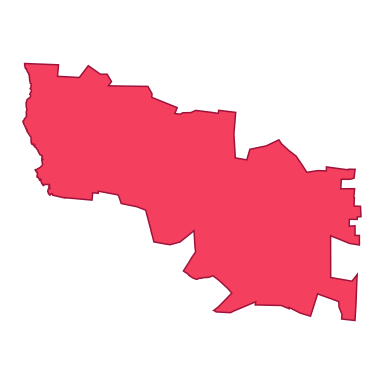 the district of Tenabo, Campeche, Mexico
{"feature_id": "50627088B50873486185333", "entity_name": "Tenabo", "entity_type": "district", "adm_level": 2, "iso_a3": "MEX", "parent_name": "Mexico", "parent_adm1": "Campeche", "projection": "mercator", "projection_center": [-90.397, 19.964], "detail": "fine", "context": "isolated", "style": "filled", "palette": "rose", "viewbox_px": 384, "rotation_deg": 0, "n_neighbors": 0, "source": "geoboundaries", "source_scale": "gbopen_adm2", "svg_char_len": 5439}
<svg xmlns="http://www.w3.org/2000/svg" viewBox="0 0 384 384"><path d="M24.6,63.5L24.6,64.0L24.9,64.3L24.9,64.6L24.6,65.4L24.7,65.6L25.0,66.0L25.0,66.6L25.3,66.7L25.2,66.7L25.1,67.0L25.3,67.5L25.2,67.9L25.4,68.1L25.5,68.4L26.3,69.0L26.4,69.6L26.5,69.8L26.8,70.0L27.1,70.6L27.3,71.4L27.3,71.7L27.4,71.9L27.6,72.1L27.8,72.2L28.0,72.6L28.3,72.7L28.5,73.0L28.6,73.5L28.6,73.8L28.6,74.0L28.9,74.2L29.0,74.5L29.0,74.9L29.1,75.1L29.4,75.3L29.3,75.5L29.3,76.1L29.3,77.0L29.3,77.4L29.5,77.5L29.6,77.9L29.6,78.9L29.5,79.2L29.7,79.4L29.8,80.3L29.7,80.6L29.7,81.0L30.3,82.7L30.2,83.3L30.4,83.5L30.9,83.6L31.2,83.8L31.2,84.0L31.4,84.4L31.3,84.9L31.1,85.4L30.8,85.9L31.0,86.5L30.9,87.7L30.2,88.4L30.1,88.6L31.3,90.0L31.5,90.7L31.1,91.7L30.6,92.4L30.6,92.7L30.3,92.9L30.4,93.2L30.3,93.5L29.9,94.0L29.8,94.4L30.3,94.6L30.5,95.0L30.5,96.4L30.3,97.0L29.7,97.8L28.9,98.3L28.3,98.4L28.1,98.8L27.2,99.5L26.9,99.8L26.8,101.1L26.5,101.7L26.1,102.4L26.0,103.2L26.2,103.8L26.1,104.5L26.3,104.9L26.4,105.3L26.2,105.4L26.2,105.6L26.4,106.3L26.2,106.5L26.5,108.1L26.5,108.3L26.8,108.6L26.8,109.0L26.9,109.9L26.7,110.6L26.4,111.4L26.2,112.0L26.3,112.4L26.2,113.8L26.5,114.2L26.4,114.4L26.5,114.7L26.4,115.1L26.3,115.4L26.5,115.6L26.5,116.2L26.0,116.9L25.8,117.4L25.2,118.2L24.6,118.5L24.4,118.8L24.1,119.7L23.7,120.6L23.1,120.9L23.0,122.1L23.5,122.6L23.7,122.9L23.5,123.3L23.8,124.1L24.1,124.5L24.4,125.1L24.6,125.5L24.7,125.8L25.1,126.5L25.4,127.3L25.8,127.9L25.8,128.3L26.3,128.9L26.2,129.4L26.6,129.7L26.9,129.6L27.1,130.0L27.2,130.5L26.9,130.8L26.9,131.0L27.2,131.6L27.8,132.4L28.1,132.7L28.2,133.3L28.3,133.5L28.6,133.7L28.7,134.1L29.1,134.5L29.7,135.4L29.8,135.8L30.1,136.0L30.4,136.4L30.7,136.5L30.8,136.7L31.0,137.7L31.1,138.1L31.1,138.6L31.0,139.9L31.1,140.6L31.1,140.8L31.2,141.0L31.3,141.1L31.3,141.4L31.2,141.6L31.0,141.9L31.0,142.0L31.4,142.2L31.5,142.8L31.4,143.4L31.6,143.8L31.7,144.0L32.2,144.3L32.8,144.1L33.2,144.1L33.0,144.6L33.2,144.9L33.4,145.2L33.7,145.2L34.1,145.5L34.3,145.8L34.5,145.7L34.4,145.9L34.4,146.4L34.7,146.7L34.7,146.9L35.4,147.3L35.7,147.2L35.6,147.3L35.8,147.4L35.9,147.6L36.3,148.1L36.4,148.3L36.6,148.4L36.9,149.2L37.0,149.3L37.1,149.6L38.0,150.3L38.2,150.6L38.1,151.5L38.3,151.8L38.6,151.9L38.8,152.4L38.8,152.6L39.2,153.2L39.2,153.4L40.2,155.0L40.5,155.1L41.2,155.2L41.6,155.4L41.9,155.5L42.3,156.0L42.1,156.2L41.9,156.5L42.0,157.0L41.9,157.4L42.0,157.9L41.8,158.3L41.9,158.8L42.4,159.1L41.8,159.2L41.8,159.6L41.9,160.0L41.7,160.5L41.8,160.7L42.0,160.8L42.1,161.2L42.3,161.3L42.3,161.9L42.1,162.5L42.2,163.1L42.3,163.5L42.5,163.8L42.7,164.2L42.5,164.5L42.4,164.9L42.1,165.6L41.4,166.1L40.6,167.0L39.3,168.0L38.9,168.1L36.7,169.4L36.3,169.5L36.1,169.5L35.7,169.7L35.4,169.6L35.2,169.7L35.3,170.1L35.5,170.4L35.7,170.8L36.0,171.1L36.4,171.9L36.7,172.1L37.1,172.0L37.4,172.7L37.3,172.9L37.5,173.1L37.4,173.7L37.2,174.0L37.3,174.3L37.3,175.4L36.9,176.1L37.2,176.7L37.2,177.2L37.4,177.3L37.6,177.3L37.9,177.0L38.1,177.2L38.6,178.3L38.9,178.6L39.6,178.8L39.9,178.7L40.0,179.0L40.4,179.3L39.9,179.3L39.8,179.2L39.5,179.3L39.4,179.4L39.4,180.0L39.6,180.1L40.2,180.6L40.6,180.8L41.0,181.1L41.3,182.2L41.6,182.7L41.7,183.3L42.2,183.8L42.4,184.1L42.4,184.3L42.4,184.6L42.8,184.9L43.1,184.9L43.2,185.2L43.3,185.6L43.5,185.6L43.9,185.3L44.1,184.8L43.8,184.7L43.7,184.5L43.6,184.4L44.0,184.3L44.6,184.6L45.1,184.4L45.5,184.5L47.6,184.4L48.0,184.5L48.4,184.3L48.6,184.3L49.4,184.6L49.3,185.4L49.5,185.5L49.3,185.7L49.2,185.8L48.9,186.1L48.7,186.6L48.9,186.7L49.3,187.0L49.6,187.2L49.5,187.4L49.2,187.4L49.2,187.6L49.3,187.7L49.1,187.7L49.2,188.0L49.5,188.4L48.8,188.3L48.6,188.6L48.4,188.7L48.3,189.1L48.2,189.6L47.7,191.1L47.7,191.5L48.0,192.1L48.4,192.4L48.3,193.2L49.5,194.9L49.9,195.1L50.1,195.0L50.4,194.8L51.0,194.0L51.4,193.7L51.6,193.7L52.3,194.0L52.5,194.0L52.5,194.3L52.4,194.6L52.7,195.2L63.9,197.8L65.3,198.0L65.2,197.7L92.0,200.1L92.7,192.8L98.2,193.3L98.4,191.2L118.1,194.9L119.2,197.4L121.2,203.5L136.7,206.7L145.7,210.2L148.0,219.0L151.1,230.7L151.0,231.0L152.7,237.0L153.9,241.9L165.4,244.0L170.1,244.7L180.0,242.0L194.0,230.7L195.0,247.2L195.6,251.6L194.1,254.1L192.1,257.0L188.5,263.0L183.4,271.0L185.7,272.6L186.5,272.9L188.4,274.5L188.7,275.2L192.6,277.8L196.2,279.3L198.2,278.9L199.1,278.2L201.8,278.2L202.0,278.0L204.6,277.5L205.7,277.6L206.2,277.4L207.4,277.5L210.1,276.9L212.8,275.7L218.6,280.0L227.9,288.6L231.8,293.1L218.6,306.7L213.7,310.5L214.9,310.9L214.9,311.0L216.1,311.9L230.5,312.7L233.8,311.0L255.7,301.8L255.2,304.9L281.3,305.5L289.2,308.7L289.2,307.5L300.3,313.1L310.5,316.2L317.6,293.9L338.7,301.6L339.0,307.0L341.1,312.3L342.0,314.0L341.6,319.0L355.0,320.5L356.0,303.8L356.9,279.1L357.2,274.5L352.0,281.2L330.7,277.5L330.6,235.8L349.8,243.5L359.4,245.0L359.4,235.4L355.1,235.4L355.0,225.8L349.2,226.2L349.3,219.3L357.3,219.4L357.3,216.9L361.0,216.7L360.5,206.3L354.0,206.0L354.4,197.7L353.8,197.5L354.6,188.7L346.0,188.7L340.8,188.9L341.3,179.3L350.2,179.3L354.0,178.2L355.1,169.3L348.5,169.2L348.4,169.8L343.2,169.2L326.4,166.9L326.4,170.9L317.8,170.6L306.8,172.3L302.8,166.0L296.1,156.1L288.9,150.6L281.4,143.7L278.9,139.8L266.2,145.9L249.9,149.3L246.8,159.9L235.3,157.9L233.9,133.9L235.7,112.4L218.7,110.3L218.2,113.4L213.4,112.6L195.7,110.4L190.8,112.6L182.6,112.8L180.4,114.2L174.9,113.5L177.2,107.6L151.8,97.4L152.0,93.7L147.9,86.4L123.4,86.1L108.4,85.8L111.5,81.6L107.1,74.2L100.4,74.2L88.3,65.7L79.3,77.5L57.5,76.3L58.5,64.8L24.6,63.5Z" fill="#f43f5e" stroke="#9f1239" stroke-width="1.5"/></svg>